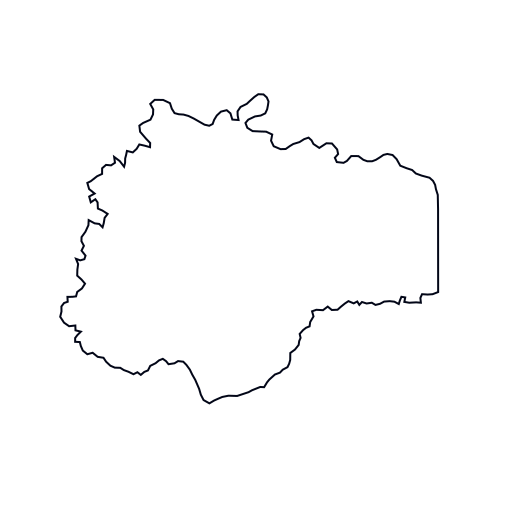 the district of Pinhal Grande, Rio Grande do Sul, Brazil, rotated 290°
{"feature_id": "56859067B41632636644802", "entity_name": "Pinhal Grande", "entity_type": "district", "adm_level": 2, "iso_a3": "BRA", "parent_name": "Brazil", "parent_adm1": "Rio Grande do Sul", "projection": "albers", "projection_center": [-53.335, -29.303], "detail": "fine", "context": "isolated", "style": "outline", "palette": "ink", "viewbox_px": 512, "rotation_deg": 290, "n_neighbors": 0, "source": "geoboundaries", "source_scale": "gbopen_adm2", "svg_char_len": 3217}
<svg xmlns="http://www.w3.org/2000/svg" viewBox="0 0 512 512"><g transform="rotate(290 256 256)"><path d="M342.4,104.4L338.6,101.8L333.1,104.6L328.6,112.6L326.0,117.9L322.0,119.2L321.6,113.7L320.9,108.2L315.9,107.2L311.2,104.8L310.6,98.8L306.4,99.4L302.9,99.7L298.8,101.1L294.8,101.5L298.6,95.5L300.6,88.8L295.4,91.6L291.6,88.8L290.3,83.9L285.8,81.4L280.5,83.3L276.6,79.4L269.7,75.1L267.0,72.5L261.8,76.3L259.5,83.0L254.8,78.9L249.9,82.4L254.4,85.6L252.2,88.8L246.5,91.2L246.2,96.0L244.8,102.2L240.1,100.7L234.7,101.7L230.5,102.0L232.5,97.7L231.5,93.2L232.5,86.5L227.6,88.0L220.4,87.4L214.1,85.6L210.2,86.9L206.7,90.8L201.4,90.2L198.0,95.7L194.3,95.8L191.8,92.3L191.8,87.8L187.6,91.6L182.1,92.8L176.4,94.7L174.2,100.1L171.5,104.8L165.9,103.5L161.1,100.3L156.5,100.7L154.8,97.3L153.1,92.8L148.6,94.7L146.2,91.7L142.0,90.4L137.3,92.2L131.9,92.8L127.7,98.4L126.1,104.4L128.9,110.0L124.4,111.8L125.0,117.3L120.6,115.2L117.1,114.1L113.5,115.4L114.9,119.9L111.6,122.1L107.9,125.6L106.0,131.1L109.2,135.6L107.1,141.7L108.2,147.5L105.4,151.3L103.1,156.7L102.8,161.5L104.5,166.7L103.6,170.8L103.6,175.7L103.0,181.3L106.2,184.3L104.9,188.4L108.9,190.7L111.5,193.6L116.6,194.2L120.9,198.3L124.8,200.6L127.5,203.6L126.4,207.5L124.4,210.8L127.3,216.1L130.6,218.7L131.8,223.8L129.9,227.8L126.6,232.7L122.8,236.6L118.8,241.3L111.7,248.0L106.8,251.6L102.7,256.0L101.6,262.6L105.9,266.1L109.0,269.3L112.0,272.5L115.3,277.9L118.0,286.1L122.9,292.3L125.5,295.6L128.5,298.2L134.4,304.8L135.5,308.5L141.1,309.6L144.5,310.8L151.1,314.3L154.6,318.4L158.3,320.0L162.3,323.6L166.0,324.0L170.0,323.7L176.6,321.4L181.4,324.6L187.0,326.5L190.8,325.7L194.3,325.9L197.7,323.7L202.5,325.6L205.7,327.6L208.2,330.4L212.5,329.5L218.9,330.7L223.2,327.6L226.1,331.1L228.0,337.5L233.0,340.7L231.2,345.7L233.4,351.0L237.5,353.2L241.8,355.8L245.2,358.3L244.9,364.0L247.9,366.7L245.4,369.8L249.0,371.3L249.2,376.2L251.7,380.8L250.9,385.0L253.5,388.9L257.0,392.0L259.3,397.1L260.4,401.7L259.7,406.6L263.4,406.4L267.4,406.6L268.1,410.4L263.6,411.1L264.5,416.0L267.2,422.3L268.5,426.9L272.8,424.8L276.9,425.1L278.5,430.5L280.5,435.0L284.4,439.5L362.2,411.1L375.6,405.9L380.4,402.2L384.1,400.0L387.1,396.7L388.9,392.3L388.2,384.2L388.2,378.0L390.2,373.3L390.0,367.5L390.2,360.7L395.1,355.0L397.6,349.8L396.8,344.5L394.6,341.2L391.5,339.0L387.4,335.8L384.8,332.8L383.1,328.3L383.1,324.0L384.9,318.1L382.5,311.3L376.4,308.9L373.5,306.4L371.9,299.8L375.3,296.5L379.9,298.3L383.9,295.8L387.7,288.9L386.0,283.6L379.2,278.5L380.9,271.7L383.7,268.6L385.2,264.9L382.3,261.3L377.9,257.9L374.0,252.7L371.0,250.3L366.7,247.3L364.8,242.5L365.2,235.1L369.5,230.7L375.7,229.7L376.3,223.0L374.4,217.2L372.2,210.1L373.5,204.0L377.4,200.6L381.5,202.1L386.8,207.3L389.6,212.4L393.2,215.9L397.7,216.3L401.6,215.7L405.5,214.9L408.7,211.9L410.4,207.8L408.8,202.8L404.8,200.0L399.2,197.0L395.8,195.3L390.8,190.5L385.6,189.2L381.8,190.7L377.8,193.1L376.1,187.1L381.3,183.2L383.0,178.6L379.7,173.7L374.6,171.1L369.6,170.1L365.2,170.1L362.4,167.5L361.8,162.7L363.9,150.4L364.5,144.6L364.1,139.5L362.8,135.0L362.4,130.6L365.6,126.5L370.2,122.9L370.9,115.4L368.1,107.4L362.7,104.6L358.6,109.3L353.8,110.8L348.0,110.2L342.4,104.4Z" fill="none" stroke="#020617" stroke-width="2"/></g></svg>